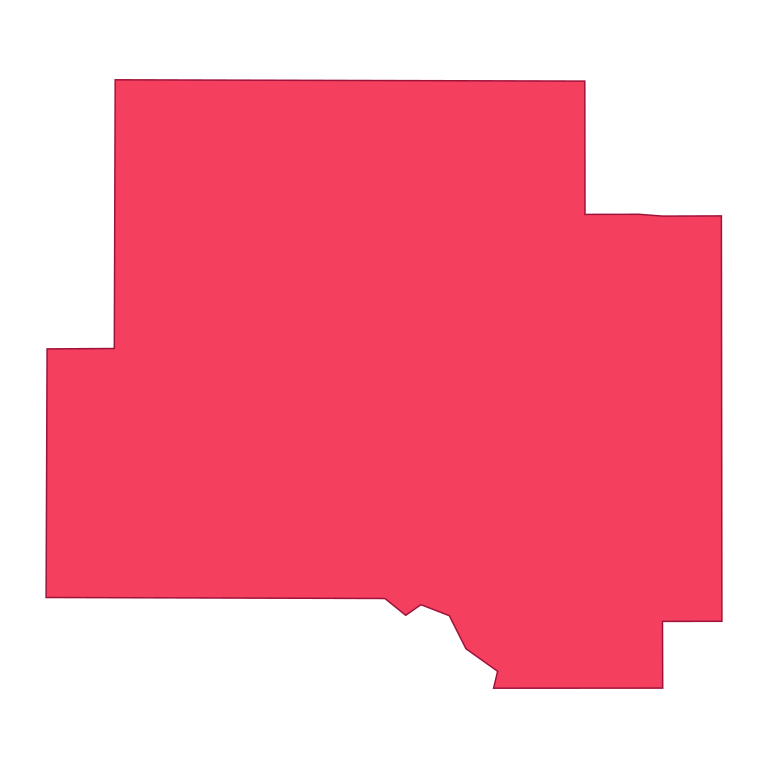 Johnston, Oklahoma, United States of America (Albers equal-area conic projection)
{"feature_id": "52423323B47407228750846", "entity_name": "Johnston", "entity_type": "district", "adm_level": 2, "iso_a3": "USA", "parent_name": "United States of America", "parent_adm1": "Oklahoma", "projection": "albers", "projection_center": [-96.639, 34.31], "detail": "fine", "context": "isolated", "style": "filled", "palette": "rose", "viewbox_px": 768, "rotation_deg": 0, "n_neighbors": 0, "source": "geoboundaries", "source_scale": "gbopen_adm2", "svg_char_len": 378}
<svg xmlns="http://www.w3.org/2000/svg" viewBox="0 0 768 768"><path d="M47.1,348.9L46.1,597.5L384.9,598.5L405.7,615.3L420.9,604.7L449.3,615.7L466.0,648.8L497.6,671.3L493.6,688.2L662.7,688.1L662.5,621.4L721.9,621.3L721.4,215.9L662.8,216.1L638.9,214.3L585.0,214.4L584.8,81.1L183.7,80.0L115.2,79.8L114.3,348.5L47.1,348.9Z" fill="#f43f5e" stroke="#9f1239" stroke-width="1.5"/></svg>